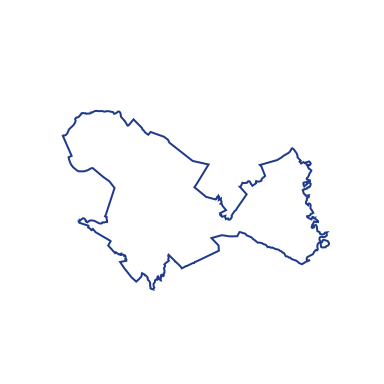 Tlaltizapán de Zapata, Morelos, Mexico (orthographic projection), rotated 314°
{"feature_id": "50627088B49217098257647", "entity_name": "Tlaltizapán de Zapata", "entity_type": "district", "adm_level": 2, "iso_a3": "MEX", "parent_name": "Mexico", "parent_adm1": "Morelos", "projection": "orthographic", "projection_center": [-99.108, 18.704], "detail": "fine", "context": "isolated", "style": "outline", "palette": "blue", "viewbox_px": 384, "rotation_deg": 314, "n_neighbors": 0, "source": "geoboundaries", "source_scale": "gbopen_adm2", "svg_char_len": 6026}
<svg xmlns="http://www.w3.org/2000/svg" viewBox="0 0 384 384"><g transform="rotate(314 192 192)"><path d="M206.4,120.5L202.9,120.8L202.5,118.9L202.3,116.8L202.7,114.6L202.6,112.7L203.2,112.0L203.3,111.3L203.6,99.5L195.8,100.1L195.0,99.5L196.3,94.6L196.8,88.6L198.5,86.5L199.3,85.1L199.2,83.7L198.5,82.9L196.2,82.7L194.2,81.7L194.6,79.7L192.2,75.9L190.7,74.3L189.1,73.4L187.7,71.0L185.3,68.7L183.7,66.6L182.3,65.7L179.3,64.7L179.1,64.1L177.9,64.2L177.1,63.8L176.5,62.9L175.0,61.8L174.7,60.7L174.4,60.7L173.3,59.0L172.2,58.0L171.7,58.2L171.4,57.9L170.1,58.3L169.7,58.1L169.4,58.3L166.9,58.3L166.0,57.5L165.1,57.3L164.8,57.0L163.7,57.1L163.1,57.5L162.5,58.7L161.4,59.4L158.1,60.3L151.7,60.0L147.5,61.6L145.3,61.6L143.8,60.9L143.4,60.2L142.7,60.0L134.4,80.3L131.2,79.1L129.4,82.1L127.8,85.7L127.2,89.4L127.7,95.0L128.2,96.1L129.8,97.9L132.4,100.4L133.0,100.5L134.8,101.7L138.8,102.9L140.2,103.9L141.2,118.0L142.3,125.1L141.1,133.5L115.4,146.0L113.2,146.5L114.4,146.4L114.4,147.3L114.2,147.9L114.5,148.2L113.9,148.5L112.0,151.3L111.4,151.7L110.8,150.9L108.9,149.9L108.6,149.3L107.7,148.6L107.0,149.0L105.7,148.1L104.9,146.8L103.4,141.6L101.3,138.9L100.7,138.5L99.6,138.3L99.6,138.1L98.7,137.8L97.5,137.8L97.1,136.6L97.3,135.7L97.7,135.8L97.9,135.5L98.1,132.9L97.5,131.9L94.5,131.3L94.0,130.6L93.6,131.4L93.0,131.4L92.2,130.8L91.6,132.3L95.8,140.9L95.3,141.5L94.3,141.9L94.7,143.3L95.0,145.3L94.6,146.0L94.8,146.4L95.2,146.5L96.6,146.4L96.1,150.6L99.9,166.1L100.1,167.6L95.3,168.9L94.6,179.1L95.7,179.0L96.3,182.7L98.4,183.9L97.3,184.5L98.9,185.7L99.5,187.1L99.0,187.6L99.8,188.1L99.4,189.1L98.8,189.5L98.2,190.4L97.9,191.4L97.4,190.9L96.7,192.4L91.7,188.9L90.2,196.0L88.6,207.7L88.8,214.1L92.7,214.4L96.0,214.3L98.9,212.5L99.6,215.0L99.4,215.1L99.4,216.2L99.7,216.4L99.8,217.0L99.8,219.0L99.6,219.5L99.1,219.9L98.9,220.6L98.2,221.2L98.3,223.0L97.7,224.6L96.7,226.0L95.9,226.4L94.7,228.3L93.9,229.0L93.9,229.5L95.0,231.9L95.2,231.6L97.0,231.3L97.2,230.3L99.1,228.2L101.6,227.8L102.7,226.8L104.9,227.1L104.8,228.0L106.4,228.4L106.7,226.2L107.8,226.2L106.6,230.6L106.8,231.0L107.6,229.8L108.8,229.3L110.6,227.5L111.5,227.8L111.2,229.1L111.4,229.7L112.2,229.8L113.8,228.2L114.3,228.4L115.3,227.9L116.5,226.6L117.6,224.8L119.3,224.4L120.5,223.6L120.7,222.4L122.7,222.5L126.5,223.1L127.1,221.6L128.0,221.3L130.1,218.8L130.6,218.7L130.5,227.5L130.2,228.0L130.4,228.2L130.5,231.0L130.5,235.3L130.0,237.7L134.6,239.2L134.7,239.5L141.5,242.0L142.4,242.9L143.7,242.6L144.5,243.2L168.4,252.1L172.0,248.2L172.4,238.0L181.7,243.5L186.4,250.1L191.6,255.3L196.1,254.0L196.9,255.0L198.1,257.7L198.8,258.6L199.0,259.5L198.8,261.4L200.7,266.4L200.6,268.7L200.9,270.3L201.2,274.5L202.2,275.3L203.9,277.9L204.0,279.1L205.2,281.7L205.3,282.7L204.9,284.8L206.2,285.7L206.8,287.6L207.7,288.1L209.2,292.2L210.2,293.5L210.7,294.7L210.9,296.6L211.4,297.5L211.4,299.5L211.9,300.1L211.9,301.0L210.9,304.1L212.0,305.6L212.2,307.4L213.0,308.2L213.0,310.3L214.8,314.2L215.3,316.4L215.3,318.5L216.5,321.3L221.1,322.5L224.2,323.9L224.3,323.7L223.2,322.7L223.0,321.6L223.3,321.1L223.9,320.6L225.4,320.2L231.3,322.2L233.6,321.5L236.1,321.3L236.4,321.4L236.8,322.4L237.3,322.6L238.0,322.4L239.6,320.2L240.6,319.4L241.8,318.7L243.8,318.5L244.7,319.4L244.5,320.2L242.2,322.9L242.5,324.2L245.1,326.5L245.6,326.1L248.1,327.0L249.1,327.0L249.7,326.7L250.5,325.8L251.0,323.7L249.2,320.1L248.8,319.7L247.8,319.7L246.6,320.4L245.9,320.3L245.7,319.0L246.2,316.8L247.7,315.6L248.6,315.5L249.4,315.9L250.8,317.9L252.1,318.8L253.7,319.2L254.5,319.1L256.0,317.2L256.8,317.2L255.4,316.0L255.0,315.9L253.4,316.2L251.9,315.3L250.8,313.2L251.8,311.6L250.9,309.5L254.0,305.5L254.3,304.0L252.2,303.0L251.3,304.3L249.8,303.6L249.6,302.9L249.9,302.4L251.7,301.4L253.5,301.1L255.7,300.3L256.7,302.4L257.4,302.5L258.0,303.5L258.6,303.0L258.6,300.5L258.0,298.0L258.6,298.0L257.9,297.4L258.1,296.6L257.8,296.0L255.3,297.0L254.3,294.0L254.0,292.2L254.5,291.6L256.5,292.9L257.3,293.2L258.6,292.7L261.2,293.8L261.8,292.2L262.5,288.7L263.9,287.2L264.6,286.9L265.0,286.4L265.3,285.3L265.3,284.5L264.9,284.0L264.3,283.8L263.2,284.6L263.0,282.4L263.1,281.8L263.9,280.9L266.0,280.3L267.3,278.9L269.5,279.5L270.1,279.2L270.3,278.3L270.7,278.2L269.3,277.1L268.6,277.0L268.3,276.3L268.7,274.9L268.5,273.6L270.3,270.3L271.8,270.7L271.7,271.0L274.3,272.3L274.5,271.9L276.6,272.4L276.6,272.9L278.1,273.0L279.5,272.3L280.4,271.6L280.3,269.4L274.0,268.9L274.4,267.7L275.6,266.1L276.1,265.8L276.9,266.1L280.6,269.1L281.8,269.4L282.3,268.6L280.9,266.4L280.8,265.8L281.2,265.3L282.2,265.0L283.5,265.1L284.6,264.6L285.9,264.3L286.8,263.7L290.2,263.1L290.4,262.9L290.4,261.4L289.9,260.0L290.6,257.9L291.0,257.5L291.2,256.0L291.7,256.0L292.3,256.8L292.0,257.1L292.7,257.9L294.0,258.0L295.0,257.6L295.2,257.0L295.4,255.2L295.2,254.9L292.5,253.5L292.5,254.0L291.3,253.8L291.0,251.5L288.3,250.7L288.6,248.4L290.0,248.6L290.3,243.7L291.5,242.6L291.9,241.4L292.4,240.8L293.3,236.2L293.3,234.6L293.1,233.7L292.5,233.5L291.0,234.0L289.4,234.2L289.1,234.4L287.3,234.3L281.2,232.6L279.4,232.5L274.2,231.1L258.6,222.1L258.7,223.8L254.4,233.4L252.4,233.4L251.8,233.1L249.4,233.2L248.5,234.1L246.2,233.2L245.2,232.1L244.4,230.5L244.0,230.6L242.9,232.0L238.4,231.2L238.9,228.6L239.6,226.4L239.5,225.6L238.2,224.8L237.3,225.2L236.6,225.0L234.3,223.0L233.7,221.9L229.5,223.3L229.0,222.8L228.3,232.9L210.9,235.8L210.1,236.2L207.5,235.9L202.6,236.9L201.6,238.1L199.2,238.5L198.7,238.5L198.2,237.9L197.7,237.8L197.4,237.3L198.0,236.3L197.5,235.8L196.0,235.2L197.0,233.1L198.0,232.5L195.1,230.9L195.0,229.6L195.8,229.3L195.9,229.1L195.3,228.8L195.1,228.1L195.4,227.7L196.0,227.6L196.2,226.9L202.6,229.1L203.2,223.8L203.5,222.8L204.1,221.7L203.5,220.8L204.2,220.8L205.6,220.0L205.9,219.1L205.9,218.6L206.5,218.1L207.4,217.3L205.2,216.8L205.7,216.5L206.1,215.7L207.4,214.8L207.7,213.6L206.5,214.1L206.0,213.5L204.2,214.4L203.9,214.4L203.8,214.0L203.0,214.1L198.3,205.5L197.1,190.4L200.5,189.9L223.3,184.8L214.8,170.9L212.0,143.7L211.8,141.3L212.9,138.5L212.3,133.5L206.4,120.5Z" fill="none" stroke="#1e3a8a" stroke-width="2"/></g></svg>